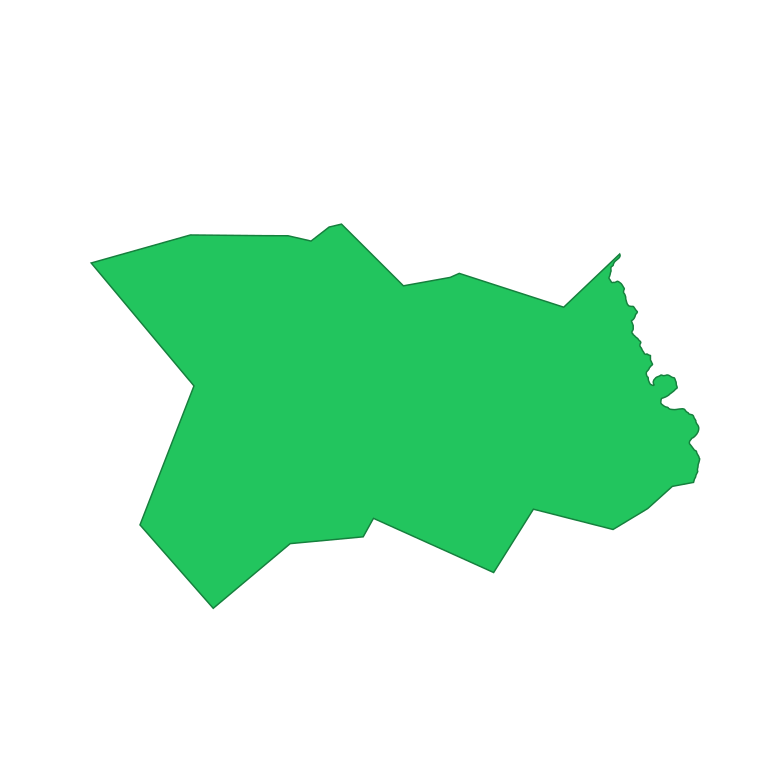 outline of Divisaderos, Sonora, Mexico, rotated 339°
{"feature_id": "50627088B51411213680248", "entity_name": "Divisaderos", "entity_type": "district", "adm_level": 2, "iso_a3": "MEX", "parent_name": "Mexico", "parent_adm1": "Sonora", "projection": "albers", "projection_center": [-109.248, 29.625], "detail": "fine", "context": "isolated", "style": "filled", "palette": "green", "viewbox_px": 768, "rotation_deg": 339, "n_neighbors": 0, "source": "geoboundaries", "source_scale": "gbopen_adm2", "svg_char_len": 5835}
<svg xmlns="http://www.w3.org/2000/svg" viewBox="0 0 768 768"><g transform="rotate(339 384 384)"><path d="M205.9,317.7L105.7,428.1L144.2,532.2L239.2,499.4L309.8,519.2L324.6,506.8L326.1,505.7L418.8,599.3L478.6,554.4L545.7,601.9L585.5,594.8L616.5,582.9L637.3,586.7L637.7,586.8L639.7,584.1L641.4,582.7L642.7,580.8L644.0,579.6L644.9,578.8L645.5,578.2L645.6,577.4L646.1,575.8L647.3,574.1L648.5,571.7L649.7,570.3L651.2,568.2L651.9,567.0L651.9,566.9L651.7,566.0L651.9,564.5L651.7,563.3L651.5,562.1L651.3,560.8L651.4,559.9L651.5,559.0L651.3,558.2L650.6,557.5L650.0,556.8L649.7,555.4L649.2,553.8L648.9,552.6L648.2,550.4L647.8,549.1L647.9,548.7L648.2,547.8L649.1,546.7L650.9,545.7L651.7,545.1L652.0,545.0L652.7,544.9L653.8,544.8L656.1,543.9L658.1,542.8L658.9,542.1L659.6,541.6L660.2,541.0L660.4,540.7L661.0,540.0L661.4,539.4L661.6,539.0L662.0,538.1L662.2,537.5L662.3,536.9L662.3,535.6L662.2,535.0L661.7,533.1L661.6,531.7L661.6,531.4L661.6,531.2L661.9,530.0L662.0,529.8L661.9,529.5L661.8,528.6L661.4,527.1L661.4,526.7L661.4,526.4L661.4,525.1L661.4,524.6L661.3,524.4L661.1,523.9L661.0,523.7L660.8,523.4L660.4,523.0L660.2,522.9L658.3,521.6L658.0,521.2L657.9,520.9L657.8,520.6L657.7,520.0L657.6,519.9L657.5,519.7L656.5,518.5L656.4,518.3L655.9,516.9L655.7,516.0L655.6,515.6L655.2,515.1L655.1,514.9L654.0,514.2L653.6,514.0L652.1,513.6L650.8,513.2L647.2,512.4L645.7,511.9L644.9,511.5L644.2,511.2L642.1,510.1L641.4,509.3L641.1,509.0L641.0,508.8L640.9,508.2L640.7,507.8L640.4,507.5L640.0,507.1L638.7,506.3L637.6,505.0L636.9,503.9L636.1,502.6L636.0,502.3L635.7,501.4L635.7,500.9L635.9,500.2L636.2,499.6L636.4,499.2L636.7,498.6L637.2,497.8L637.7,497.2L637.9,497.1L638.1,497.0L638.6,496.9L639.5,497.0L640.1,497.0L642.0,497.0L643.8,496.8L645.8,496.4L647.5,495.7L649.5,495.2L650.3,494.9L650.5,494.8L651.2,494.7L651.5,494.6L653.0,494.0L654.3,493.3L655.3,493.1L655.7,493.1L655.9,492.9L656.2,492.7L656.4,492.4L656.5,492.2L656.6,491.3L656.6,490.0L656.6,489.7L656.8,489.0L657.2,487.6L657.3,487.3L657.4,486.5L657.3,485.2L657.4,484.4L657.4,483.6L657.3,482.6L657.2,482.4L657.1,482.2L656.0,481.5L655.2,480.8L654.7,480.2L654.0,479.2L653.7,478.8L653.5,478.5L653.2,478.2L652.8,477.8L652.3,477.4L651.7,477.1L651.1,476.9L650.8,476.9L650.0,476.9L648.6,476.6L648.3,476.5L647.7,476.3L647.2,475.9L646.7,475.4L646.2,475.1L645.8,474.9L645.6,475.0L643.7,475.3L643.0,475.3L641.7,475.3L641.0,475.3L640.2,475.5L639.9,475.6L637.5,476.9L637.1,477.2L637.0,477.4L636.3,478.2L636.0,478.8L635.7,480.4L635.8,481.2L635.8,481.5L635.7,481.6L635.4,481.9L635.0,481.9L634.7,481.7L634.4,481.6L633.5,480.7L633.3,480.5L633.0,480.2L632.8,479.9L632.7,479.7L632.4,479.1L632.3,478.4L632.3,478.1L632.2,476.0L632.3,474.8L632.8,473.1L632.9,472.6L632.9,472.3L632.8,472.1L632.4,471.6L632.3,471.3L632.3,471.2L632.3,470.0L632.4,469.2L632.4,468.9L632.6,468.3L632.9,467.6L633.3,467.0L633.4,466.9L633.6,466.7L634.6,466.2L635.6,465.7L636.0,465.5L637.0,464.7L637.7,463.9L637.9,463.8L638.1,463.7L638.5,463.5L638.9,463.4L639.3,463.1L639.7,462.8L639.8,462.7L640.0,462.7L640.3,462.6L640.5,462.6L641.0,462.4L641.5,462.1L641.8,461.7L641.6,460.0L641.6,458.5L641.5,458.1L641.4,457.7L641.4,457.2L641.5,456.7L641.8,456.0L642.0,455.4L642.4,454.3L642.5,453.9L642.8,453.5L642.9,453.3L642.9,453.2L642.9,452.9L642.7,452.7L642.4,452.4L641.7,452.0L641.5,451.8L641.4,451.6L641.1,451.4L640.9,451.2L640.9,450.9L640.5,450.5L640.0,450.3L640.0,450.2L639.4,450.3L639.2,450.2L638.8,450.0L638.7,449.9L637.9,449.0L637.9,448.8L637.9,448.5L637.9,448.0L637.8,447.5L637.8,447.2L637.5,446.3L637.2,444.6L637.2,443.4L637.1,442.6L636.8,441.6L636.6,441.0L636.6,440.1L636.8,439.4L637.2,438.7L637.6,438.3L637.8,438.0L638.1,437.8L638.4,437.7L638.5,437.5L638.6,437.2L638.7,436.9L638.6,436.5L638.5,436.0L638.4,435.7L637.9,435.0L637.7,434.5L637.4,433.2L637.2,432.7L637.0,432.2L636.4,431.2L636.1,430.8L635.8,430.2L635.5,429.7L635.3,428.9L635.2,428.7L634.6,427.7L634.4,427.5L634.4,427.4L634.3,427.1L634.4,426.6L634.3,426.4L634.2,426.3L634.0,426.0L633.9,425.6L633.9,425.2L634.0,424.6L634.2,424.0L634.3,423.8L634.6,423.6L635.1,423.4L636.0,422.5L636.3,422.1L636.4,421.9L637.2,419.7L637.5,419.1L637.6,418.4L637.6,418.2L637.6,416.8L637.6,415.2L637.6,413.9L637.7,413.7L637.9,413.6L638.0,413.5L639.2,413.3L639.9,413.0L640.8,412.5L641.9,411.6L642.8,410.6L643.4,409.8L644.0,409.1L645.1,408.7L645.5,408.4L645.7,408.1L646.2,407.8L646.3,407.6L646.4,407.2L646.3,406.9L646.0,406.1L645.8,405.8L645.7,405.5L645.6,404.9L645.4,404.2L645.0,402.4L644.9,401.9L644.7,401.4L644.5,401.0L644.1,400.7L643.8,400.6L643.4,400.5L642.4,400.0L642.0,399.8L641.5,399.5L641.1,399.3L640.7,398.9L640.4,398.4L640.0,397.3L639.9,396.9L639.8,396.5L639.8,395.8L639.8,395.2L640.1,391.9L640.2,391.2L640.4,390.6L640.8,389.4L640.9,388.0L640.9,387.0L640.9,386.5L640.6,385.4L640.5,384.9L640.4,384.6L640.5,384.2L640.8,383.5L641.2,382.8L641.5,382.3L642.1,381.7L642.3,381.5L642.4,381.4L642.5,381.1L642.5,380.8L642.4,380.0L642.2,379.3L642.0,377.8L641.9,377.2L641.7,376.4L641.5,375.7L641.3,375.1L640.9,374.5L640.5,373.8L639.7,372.6L639.3,372.2L639.1,372.0L638.8,371.8L638.5,371.7L638.2,371.7L637.6,371.8L636.7,371.9L636.0,371.9L635.3,371.7L634.8,371.4L634.4,371.3L634.0,371.2L633.6,371.2L633.3,371.1L633.1,370.9L632.9,370.6L632.8,370.3L632.3,367.5L632.1,366.8L631.9,366.1L631.9,365.9L632.0,365.7L632.2,365.3L632.3,365.1L633.0,364.5L633.7,363.6L634.4,362.7L634.9,361.9L635.5,361.0L636.2,360.2L636.4,360.0L636.5,359.8L637.0,358.0L637.3,357.2L637.6,356.8L637.8,356.4L638.1,356.1L638.4,356.0L638.7,355.9L639.2,355.8L640.2,355.5L640.3,355.4L640.5,355.3L640.7,355.1L641.1,354.3L642.6,352.9L643.7,352.3L644.8,351.9L647.1,351.1L648.5,350.6L649.4,350.0L650.1,349.3L650.6,348.3L650.6,347.1L579.3,376.7L493.9,307.7L484.0,308.2L437.3,299.3L401.6,219.5L389.0,217.8L367.1,224.4L347.5,211.2L327.1,203.3L256.7,175.5L154.0,166.1L203.3,310.1L203.9,311.6L205.9,317.7Z" fill="#22c55e" stroke="#15803d" stroke-width="1.5"/></g></svg>